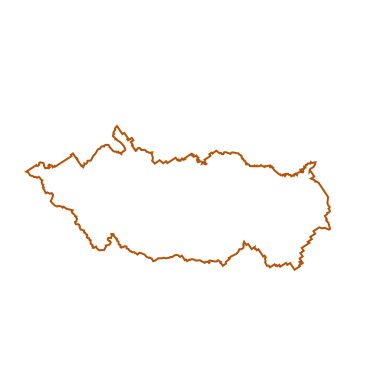 the district of Uralla, New South Wales, Australia, rotated 317°
{"feature_id": "25037944B63393422883772", "entity_name": "Uralla", "entity_type": "district", "adm_level": 2, "iso_a3": "AUS", "parent_name": "Australia", "parent_adm1": "New South Wales", "projection": "robinson", "projection_center": [151.405, -30.485], "detail": "fine", "context": "isolated", "style": "outline", "palette": "amber", "viewbox_px": 384, "rotation_deg": 317, "n_neighbors": 0, "source": "geoboundaries", "source_scale": "gbopen_adm2", "svg_char_len": 5988}
<svg xmlns="http://www.w3.org/2000/svg" viewBox="0 0 384 384"><g transform="rotate(317 192 192)"><path d="M178.2,94.1L175.0,94.9L174.5,96.5L173.7,96.3L172.3,97.2L172.5,100.7L171.9,101.2L172.8,102.0L172.6,102.9L173.6,107.1L173.5,111.5L172.5,115.0L171.6,115.8L167.2,115.2L166.3,116.0L166.0,114.3L165.3,113.7L165.6,112.3L164.2,111.9L164.1,110.7L162.7,109.5L162.2,107.6L162.5,105.0L162.2,103.2L162.9,102.0L163.0,100.5L160.8,98.5L159.4,98.3L158.8,98.8L157.3,97.2L155.9,97.0L154.3,97.6L152.2,96.6L147.6,98.1L144.3,98.3L139.9,99.9L138.8,99.7L137.2,98.0L136.5,98.0L135.9,98.9L134.1,99.1L133.3,98.7L132.8,97.7L132.0,98.7L129.3,99.6L129.6,97.5L128.9,97.4L130.1,89.6L130.7,89.7L130.9,88.6L130.3,88.5L131.2,82.6L128.7,82.2L128.4,83.6L109.1,80.1L109.3,79.3L106.9,78.9L107.6,77.5L106.4,74.6L104.8,74.9L105.1,76.0L104.8,77.0L103.3,76.9L102.5,75.5L100.9,74.6L101.6,71.8L102.6,70.8L103.0,69.5L101.2,66.7L100.0,66.6L98.9,67.8L97.4,67.9L96.3,67.1L96.6,66.2L84.7,64.1L85.6,65.8L85.0,68.6L85.2,70.0L86.4,71.8L86.6,73.3L88.0,74.3L88.4,76.0L90.2,76.3L90.4,78.6L90.0,79.8L90.5,81.5L88.7,82.1L87.9,84.1L88.3,85.1L87.4,85.5L86.8,87.3L86.0,87.1L84.3,93.2L86.1,93.8L86.7,96.1L88.3,96.9L88.7,97.5L88.2,98.5L88.5,99.1L87.1,100.4L82.3,102.5L82.3,107.9L83.5,110.7L85.1,111.4L86.5,113.4L86.7,115.2L88.0,115.1L88.8,118.8L92.3,124.0L90.6,124.3L90.6,125.5L90.1,125.9L90.6,128.3L90.0,129.8L90.8,131.1L89.8,131.6L89.5,133.3L87.0,134.6L86.0,134.2L85.2,135.5L85.2,136.5L86.9,138.2L87.1,139.2L86.5,140.7L85.8,141.0L85.0,143.3L86.7,146.6L85.5,148.1L86.1,148.9L85.6,150.9L86.1,151.7L85.5,152.8L84.2,153.4L84.3,154.6L85.2,155.6L84.3,157.2L85.0,158.1L82.6,160.7L83.0,162.8L82.2,163.5L82.5,164.2L81.4,165.1L81.9,165.8L84.6,166.5L84.0,167.8L84.3,171.3L88.2,174.5L92.1,173.1L92.4,172.4L95.6,174.2L98.1,173.6L98.6,172.3L97.9,171.0L97.8,169.6L98.9,168.5L100.0,168.9L101.3,170.4L103.4,169.4L104.4,167.8L105.6,169.0L105.8,169.5L105.3,169.9L104.7,172.6L105.2,174.7L104.4,175.1L104.5,176.3L104.0,177.0L104.3,178.1L102.7,180.5L103.4,181.9L102.0,183.7L102.3,184.4L103.5,184.6L103.9,185.4L105.5,185.5L106.9,187.2L105.7,188.6L106.7,190.6L106.3,191.2L106.6,192.2L106.3,193.3L107.0,193.8L107.3,195.6L108.8,196.8L108.7,198.1L109.5,199.2L109.4,200.5L112.3,200.7L113.6,202.9L114.7,205.6L114.5,207.7L115.3,210.6L116.3,211.0L117.1,213.5L116.4,216.0L117.5,216.8L122.3,217.6L124.8,220.0L126.1,220.4L127.9,222.9L130.8,224.7L131.9,224.7L133.0,226.1L136.0,226.4L137.9,227.7L138.7,228.8L139.0,231.3L141.2,231.7L140.3,237.1L141.6,237.3L141.3,239.2L143.8,239.6L143.9,240.1L146.0,240.9L147.6,243.0L147.9,244.7L151.2,247.3L153.0,252.5L154.4,252.4L155.8,253.6L156.1,255.6L156.6,255.6L157.4,254.1L158.3,254.2L161.3,258.4L162.8,259.7L164.0,259.4L164.6,259.9L165.4,263.0L164.4,263.1L164.6,265.8L164.2,267.0L167.9,267.5L169.3,266.1L173.6,266.6L174.1,265.4L175.1,266.1L176.0,265.6L182.0,267.4L184.6,267.4L187.7,266.2L189.0,267.5L191.6,267.9L193.2,266.6L193.2,265.9L193.9,265.1L196.2,263.9L195.6,267.8L197.6,268.2L196.6,274.4L200.2,275.0L199.4,275.5L199.3,276.7L199.9,276.9L199.6,278.8L201.5,279.1L200.1,287.8L201.7,288.1L201.3,290.3L200.0,290.4L198.7,292.8L197.5,293.3L196.5,297.1L198.0,298.2L197.6,300.2L203.1,301.2L202.8,302.9L203.9,303.1L203.7,304.4L206.2,304.8L205.6,306.8L212.4,308.0L212.0,310.3L215.3,310.8L214.0,318.8L220.1,319.9L220.3,318.7L224.5,319.5L224.7,318.3L222.6,318.0L222.9,316.4L225.0,316.8L225.4,314.0L229.0,314.6L229.6,310.6L233.6,311.2L234.1,307.7L243.2,309.3L242.7,307.4L247.5,308.2L247.9,305.5L253.6,306.5L254.1,303.5L261.1,304.7L262.2,307.2L264.6,308.7L266.5,312.9L267.8,313.1L270.8,307.4L270.6,304.8L270.9,304.1L271.9,304.1L272.9,300.1L275.6,300.4L276.7,299.5L278.3,300.4L279.9,300.0L280.6,297.3L281.4,297.5L282.5,296.8L282.6,294.5L283.5,292.4L288.1,288.5L290.9,271.6L290.2,269.2L289.2,268.5L289.7,267.8L289.5,266.4L288.1,263.4L292.0,264.0L293.0,257.2L291.7,257.4L292.9,256.2L294.6,255.8L297.7,256.6L301.0,255.8L302.6,254.4L299.4,252.6L299.4,251.2L297.8,251.7L296.1,250.1L294.4,250.5L293.6,249.8L291.8,251.3L291.2,250.0L290.0,251.5L288.5,250.8L287.8,252.0L287.1,251.0L287.5,250.2L287.0,250.1L286.3,251.6L287.1,253.0L286.6,253.3L285.6,252.2L285.8,250.3L284.9,251.2L282.0,250.0L280.3,251.2L280.1,249.2L279.5,249.4L279.0,248.9L277.6,249.6L277.5,248.7L275.3,248.3L275.7,246.7L274.5,245.4L274.6,244.4L274.0,243.6L272.8,243.5L272.8,242.5L272.2,242.3L271.3,243.7L270.7,243.7L270.9,241.8L270.5,241.3L269.3,241.6L268.4,240.4L268.7,239.4L267.8,238.8L267.0,231.2L267.8,229.9L267.4,229.5L267.9,228.2L267.6,227.3L266.2,227.6L266.0,227.2L267.1,225.7L263.6,223.8L263.3,222.9L262.0,223.1L260.7,219.3L259.1,219.3L257.0,217.5L257.3,216.8L255.7,216.3L255.6,215.1L254.5,215.1L252.1,212.5L252.5,211.3L251.8,210.2L251.8,209.2L250.8,209.1L250.5,208.5L251.4,207.8L251.3,206.9L251.8,206.2L251.9,204.8L251.4,204.3L252.1,202.7L251.4,202.0L252.1,200.9L252.0,200.2L253.0,199.3L252.1,196.8L252.3,195.6L248.9,190.9L247.7,190.1L246.2,190.4L244.0,186.2L242.7,184.9L240.7,185.6L239.7,184.8L239.9,183.1L238.6,182.6L237.9,178.3L233.2,177.8L233.3,176.6L230.4,176.2L230.1,178.2L223.1,177.0L223.0,177.7L221.7,178.3L221.3,180.2L221.7,181.3L221.3,181.4L220.3,180.0L220.4,178.7L218.8,178.2L219.8,177.8L220.6,178.1L219.6,176.9L219.3,175.6L218.2,174.2L217.2,174.7L216.6,174.2L217.2,172.6L218.7,172.7L218.2,171.5L219.1,170.9L219.6,171.5L220.1,171.2L219.7,170.0L220.2,168.4L217.3,167.5L216.9,165.3L218.4,165.5L217.6,163.6L209.6,162.4L209.6,163.2L208.0,162.9L207.6,162.6L208.0,161.9L207.6,160.7L206.4,161.0L205.7,160.6L204.8,161.3L203.8,160.4L204.1,159.0L203.0,158.7L203.4,155.8L193.7,154.1L194.0,151.8L190.6,151.3L190.0,146.7L184.1,145.8L184.2,141.9L185.4,141.5L187.2,139.6L188.2,136.9L190.0,135.9L187.3,134.1L187.1,132.7L186.1,131.4L186.5,130.2L186.2,129.0L183.7,127.0L183.4,125.7L184.0,125.1L183.8,124.2L182.1,123.0L180.3,123.5L179.7,122.5L179.4,123.7L178.8,123.5L179.8,117.0L180.5,117.2L180.6,118.0L181.3,113.7L184.3,114.2L184.8,111.4L180.5,110.6L180.7,109.2L181.8,109.3L182.8,102.6L180.6,102.2L182.1,92.6L178.9,93.0L178.2,94.1Z" fill="none" stroke="#b45309" stroke-width="2"/></g></svg>